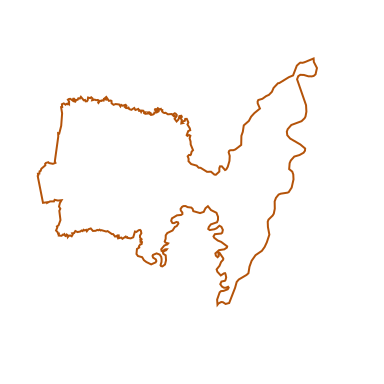 Gualeguay, Entre Ríos, Argentina, rotated 258°
{"feature_id": "61730980B31839589787630", "entity_name": "Gualeguay", "entity_type": "district", "adm_level": 2, "iso_a3": "ARG", "parent_name": "Argentina", "parent_adm1": "Entre Ríos", "projection": "mercator", "projection_center": [-59.609, -33.183], "detail": "fine", "context": "isolated", "style": "outline", "palette": "amber", "viewbox_px": 384, "rotation_deg": 258, "n_neighbors": 0, "source": "geoboundaries", "source_scale": "gbopen_adm2", "svg_char_len": 6045}
<svg xmlns="http://www.w3.org/2000/svg" viewBox="0 0 384 384"><g transform="rotate(258 192 192)"><path d="M76.4,193.5L77.5,194.8L78.3,197.7L77.8,199.3L75.5,201.6L75.7,205.3L89.3,214.2L94.7,217.0L96.7,219.6L99.5,228.0L100.8,230.3L107.0,232.7L112.3,236.0L117.0,241.0L119.9,248.1L123.1,251.6L127.2,254.7L134.2,258.8L142.0,259.0L147.2,259.9L149.1,261.1L152.2,266.0L153.8,267.5L158.4,269.5L165.6,270.9L168.8,272.9L171.5,276.2L171.9,278.4L171.5,285.4L171.8,286.6L175.6,290.4L183.2,293.9L188.1,294.7L191.1,294.3L194.2,291.8L199.9,293.5L202.3,295.2L205.4,299.4L205.8,304.8L207.2,309.3L208.9,311.1L211.0,311.7L215.9,307.9L223.9,299.1L227.7,297.0L231.3,297.3L233.6,298.7L236.9,303.1L238.5,313.9L240.7,317.4L242.2,318.7L246.8,320.6L253.2,321.6L280.4,318.2L283.2,320.0L284.1,322.3L283.2,325.8L280.9,330.0L280.2,333.2L280.2,335.1L281.4,337.3L287.3,340.0L293.9,338.2L297.3,338.7L295.5,328.8L295.4,327.0L296.0,324.8L295.3,323.3L293.8,320.8L285.0,315.1L284.2,310.7L280.4,300.0L280.5,298.7L276.9,293.5L273.4,291.0L271.0,287.4L270.4,284.5L268.5,280.2L268.2,276.0L266.9,275.0L265.0,274.7L259.5,275.8L256.2,269.4L253.4,265.5L249.7,262.4L246.4,256.5L240.3,254.2L236.7,252.0L227.8,249.9L224.6,243.2L224.3,241.2L224.9,238.0L224.4,236.8L223.2,236.1L219.5,236.4L214.6,235.1L209.2,232.2L207.0,230.2L206.6,228.9L210.9,226.5L211.3,224.8L209.7,223.7L206.3,223.0L203.9,218.9L204.4,217.5L207.9,214.8L208.6,210.9L213.9,205.4L214.4,203.5L216.8,202.1L219.5,197.0L222.8,195.0L225.3,195.6L227.8,195.2L228.9,196.8L228.4,198.0L228.8,198.7L231.5,200.0L232.7,201.7L238.7,200.6L241.7,201.1L244.9,200.8L247.4,202.1L248.4,200.9L247.8,199.2L248.7,198.6L252.4,201.0L252.8,203.1L254.7,203.1L259.0,201.6L260.8,202.9L264.6,202.1L264.9,200.6L263.1,199.7L262.9,196.6L262.2,196.2L261.3,197.1L261.3,195.8L264.8,197.0L266.9,195.9L267.6,197.7L268.8,197.4L268.9,195.5L265.7,193.8L264.2,191.6L267.2,190.2L269.5,192.8L270.6,193.1L272.0,192.3L272.6,191.5L272.1,190.1L271.3,189.6L270.0,190.8L269.8,190.1L272.5,188.3L273.0,184.6L275.0,182.6L275.0,181.4L275.8,180.3L277.0,179.5L278.3,180.0L278.9,178.9L279.8,178.8L279.6,177.5L281.1,176.0L280.7,175.6L279.1,176.7L277.8,176.1L277.4,174.8L279.0,175.0L279.3,174.1L280.6,173.8L280.7,173.2L280.1,172.8L279.0,173.6L277.3,173.1L277.5,171.7L276.5,171.3L275.9,169.9L275.9,167.9L276.8,167.2L277.6,168.0L278.9,166.8L279.0,165.6L277.9,165.5L278.2,162.6L278.9,161.8L279.7,162.8L280.0,161.6L281.6,161.3L282.1,159.9L280.9,158.9L282.1,158.6L282.3,157.3L283.1,157.6L283.5,156.8L284.4,156.7L284.0,153.7L286.2,153.0L285.0,149.8L286.1,147.9L287.6,147.5L287.3,147.0L287.8,145.0L289.0,144.1L289.8,145.8L291.1,145.2L290.8,142.1L291.9,140.9L290.6,139.8L292.8,138.9L293.9,135.6L293.6,133.4L295.5,131.8L297.8,132.2L298.4,131.5L298.4,129.7L302.8,127.9L301.9,126.3L300.5,126.7L301.2,125.1L299.8,124.5L300.4,123.1L299.9,122.4L300.4,121.0L298.6,119.0L299.1,118.8L300.5,119.7L301.6,119.1L301.8,117.2L302.6,116.1L302.5,113.4L304.1,114.2L305.6,113.1L305.0,111.9L306.0,110.0L303.4,109.0L302.6,108.1L302.8,106.8L304.3,106.5L304.2,105.2L308.2,103.1L306.7,101.7L307.3,100.3L306.0,99.3L306.1,97.9L304.6,96.6L305.2,95.5L306.4,96.8L307.8,96.0L307.9,95.2L306.3,94.3L308.5,92.2L308.5,90.7L308.1,89.8L306.1,90.6L303.8,90.1L304.7,89.6L303.6,88.8L304.3,87.6L303.7,86.4L305.3,85.0L304.9,83.0L302.1,82.7L302.2,81.6L295.9,81.3L283.9,77.8L276.8,74.3L277.4,73.3L274.0,72.7L250.5,64.2L248.9,64.5L248.5,61.8L250.0,58.2L251.0,57.6L250.8,55.2L250.1,54.2L248.6,54.1L246.1,49.5L244.1,48.3L243.9,47.2L241.7,46.5L241.9,45.1L240.0,45.0L239.7,44.4L212.4,44.0L212.1,48.2L211.5,48.1L212.3,51.1L211.5,55.0L212.9,56.0L211.5,59.1L211.1,62.7L208.7,60.5L205.4,58.9L203.0,59.7L201.2,58.3L191.9,57.5L187.1,54.5L186.4,52.7L185.3,52.9L182.6,51.0L180.6,52.2L178.9,52.4L178.9,53.1L177.1,52.6L176.3,55.3L177.2,57.0L176.8,57.6L177.3,58.4L175.3,59.0L175.0,59.5L176.4,60.6L175.1,61.8L174.0,61.5L174.8,62.6L174.8,63.8L173.7,65.1L175.2,66.5L176.5,66.2L176.3,68.1L178.1,69.8L176.6,71.7L176.6,74.6L177.3,75.9L176.5,76.9L177.6,78.1L176.7,79.1L177.0,80.6L175.5,81.0L177.1,82.9L177.4,85.4L174.5,87.0L174.1,89.7L174.6,91.4L174.0,92.5L174.4,93.8L173.4,94.5L173.5,95.5L171.2,99.8L171.3,101.3L167.5,104.9L167.2,106.1L164.4,107.5L164.7,109.3L163.4,109.7L165.0,110.3L164.8,111.3L162.1,110.9L162.1,113.4L160.7,114.2L162.2,117.9L161.1,118.3L161.3,119.3L160.4,119.6L159.4,122.4L159.9,125.1L165.2,128.0L164.5,129.3L165.7,131.9L165.7,133.3L164.9,133.9L162.2,133.9L160.1,132.0L158.1,131.7L156.4,132.8L155.9,131.6L154.7,132.2L154.7,131.4L154.0,131.2L153.0,132.5L151.5,131.8L151.5,130.5L149.9,128.8L148.7,128.9L147.7,126.3L142.9,124.8L140.6,125.8L138.6,129.7L135.3,130.8L133.0,132.8L129.7,137.0L130.7,141.8L131.9,142.8L133.6,142.6L135.9,140.3L137.7,140.1L138.6,140.8L139.3,144.6L137.5,147.4L135.0,148.4L132.7,148.3L129.9,147.6L126.9,146.0L125.9,146.4L125.4,147.6L126.7,150.5L130.6,152.4L135.5,153.1L137.5,151.1L138.9,151.0L140.0,152.3L140.4,154.6L141.2,155.5L141.5,153.9L140.3,150.7L140.7,150.0L142.4,150.0L145.4,153.8L145.9,157.0L146.7,158.0L148.0,155.6L149.2,155.0L151.7,156.5L155.1,157.3L157.0,159.3L158.4,165.0L161.4,168.0L161.8,169.9L163.9,172.1L165.2,172.0L165.9,170.6L165.3,167.9L165.7,166.4L168.1,165.6L170.4,166.9L172.3,172.5L171.8,176.5L172.4,178.0L173.9,178.3L176.2,177.2L177.8,177.3L179.5,179.1L180.0,180.6L179.6,182.8L178.1,184.6L176.9,188.1L175.4,189.1L173.0,189.3L169.7,195.5L170.1,199.3L173.3,201.8L174.8,204.6L170.4,206.8L166.6,211.6L162.3,212.3L159.3,211.6L157.2,210.2L156.4,203.7L154.3,201.2L152.5,200.2L151.1,201.4L150.9,206.1L151.4,208.5L153.3,211.8L151.8,213.5L148.5,214.3L145.9,213.1L145.3,211.9L146.0,205.6L144.1,203.8L142.6,204.2L139.2,207.1L137.1,210.2L131.5,215.1L130.4,214.6L129.2,211.7L129.5,206.4L127.1,202.1L124.8,202.1L122.9,203.5L123.9,204.9L127.1,205.1L126.9,206.2L120.5,208.8L119.3,208.4L117.5,205.9L114.1,203.6L111.2,200.0L108.8,200.2L104.4,202.8L105.8,206.5L105.7,207.5L104.7,207.7L101.4,207.7L99.0,206.5L98.3,205.7L98.3,202.2L96.0,200.5L93.3,201.6L91.8,203.2L91.3,205.2L91.8,207.6L90.8,208.0L89.4,206.7L88.7,202.3L89.0,199.8L88.1,198.2L81.5,194.2L76.4,193.5Z" fill="none" stroke="#b45309" stroke-width="2"/></g></svg>